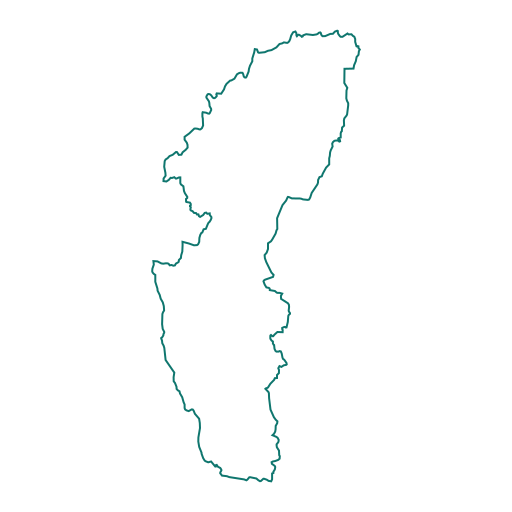 outline of Turrubares, San José, Costa Rica
{"feature_id": "36466004B44597277334716", "entity_name": "Turrubares", "entity_type": "district", "adm_level": 2, "iso_a3": "CRI", "parent_name": "Costa Rica", "parent_adm1": "San José", "projection": "natural_earth1", "projection_center": [-84.504, 9.748], "detail": "fine", "context": "isolated", "style": "outline", "palette": "teal", "viewbox_px": 512, "rotation_deg": 0, "n_neighbors": 0, "source": "geoboundaries", "source_scale": "gbopen_adm2", "svg_char_len": 6018}
<svg xmlns="http://www.w3.org/2000/svg" viewBox="0 0 512 512"><path d="M347.5,33.5L342.5,36.8L340.7,36.8L340.0,36.3L338.3,34.0L337.9,33.0L337.8,31.0L337.2,30.7L334.9,31.6L332.9,33.8L330.3,33.9L325.2,36.1L322.6,36.2L322.2,35.9L321.3,34.8L320.7,32.8L320.2,32.4L318.8,32.8L317.8,33.8L316.6,34.4L312.9,35.0L306.2,34.2L303.2,35.3L302.7,36.4L301.8,36.8L301.0,35.9L298.8,34.7L298.1,34.8L296.9,36.2L296.5,35.6L296.3,33.0L295.4,31.5L293.1,32.3L291.2,35.5L290.2,39.1L289.3,41.1L288.3,42.3L287.2,42.9L283.9,42.4L282.1,43.4L279.5,44.0L276.4,47.4L271.5,50.1L267.9,50.8L264.8,52.2L259.0,52.8L258.1,52.4L257.0,49.5L254.8,49.1L254.2,52.4L252.3,58.5L252.3,61.3L250.0,65.7L249.0,68.8L248.6,71.6L246.5,76.8L245.8,77.6L244.6,77.4L243.8,76.5L243.2,74.2L242.5,72.8L240.3,72.7L239.0,73.1L237.0,74.3L234.4,78.7L231.4,80.4L230.1,80.6L226.5,83.9L225.0,86.4L224.0,89.4L221.2,93.7L216.7,93.4L216.3,94.4L216.7,95.3L216.7,96.2L215.4,97.6L214.7,98.1L213.6,98.1L212.7,97.5L211.2,95.3L209.8,94.2L208.2,94.0L207.5,94.5L206.4,96.4L206.4,97.6L208.9,101.3L209.3,102.8L209.6,106.1L211.1,108.8L211.2,110.0L209.8,113.0L209.3,113.6L208.2,113.6L206.1,112.7L202.7,112.2L202.4,113.1L202.4,116.6L202.8,118.4L203.1,125.5L201.9,128.2L200.4,129.4L199.3,129.4L197.8,128.8L195.6,128.5L194.3,128.6L189.3,133.4L184.6,136.8L184.6,139.7L186.8,142.7L187.5,144.8L187.6,147.6L185.7,149.8L182.6,152.3L181.4,154.7L178.8,154.9L177.0,152.1L176.0,152.0L172.7,154.8L169.5,156.1L167.6,158.2L165.6,159.5L164.7,161.1L164.2,166.8L165.4,172.8L165.6,175.7L163.6,178.5L163.5,181.1L166.4,181.5L168.8,179.9L170.6,177.8L171.9,178.0L174.3,177.2L175.7,178.5L176.6,178.5L179.1,177.4L180.3,177.4L180.3,183.1L180.9,184.4L183.4,186.3L184.0,191.0L184.9,193.2L187.3,196.9L187.2,198.0L186.0,199.0L186.1,201.7L186.4,202.0L189.9,202.6L190.7,203.8L190.8,205.1L190.0,205.7L190.0,206.4L190.8,207.2L190.4,209.0L190.4,209.8L190.8,210.4L192.6,211.2L194.0,212.9L196.1,213.1L197.0,214.5L198.4,214.4L199.0,216.2L200.1,216.9L203.2,215.0L204.7,212.9L206.2,212.6L207.3,213.8L209.7,213.4L209.8,215.0L211.4,217.1L211.4,218.3L210.7,220.0L209.5,221.9L208.6,222.6L207.7,224.3L205.9,228.8L203.6,229.3L202.3,232.5L201.3,233.0L200.3,234.8L199.4,237.9L199.2,241.9L198.1,244.3L197.0,245.1L194.0,245.3L188.9,243.5L182.5,241.8L182.6,244.9L182.3,251.6L181.2,255.2L180.9,258.0L178.9,260.0L178.7,261.8L178.2,262.3L175.9,263.6L174.9,265.4L173.3,265.7L171.6,265.0L169.7,265.3L168.7,263.9L167.8,263.4L165.9,263.3L163.2,263.7L161.3,263.4L157.5,261.4L153.4,261.1L153.8,264.6L152.4,268.7L152.2,271.3L152.6,272.5L153.8,273.9L155.3,274.9L155.3,281.8L157.4,288.5L157.6,290.7L159.7,294.9L160.7,298.7L162.8,302.4L163.8,306.1L164.1,310.5L163.0,312.3L162.4,314.0L162.1,324.2L162.7,328.9L164.2,331.8L164.2,332.7L163.5,334.0L163.3,335.5L162.1,337.4L161.2,338.0L161.2,338.5L162.0,340.5L162.3,343.3L163.6,345.6L164.3,347.9L165.6,360.0L174.3,372.6L173.6,377.2L173.7,381.3L175.0,383.0L175.8,385.0L176.5,386.8L176.6,388.9L177.8,390.3L179.5,391.3L180.0,393.5L182.2,397.2L183.6,402.2L184.6,404.5L184.6,408.0L185.1,409.4L186.5,410.4L188.7,411.1L191.7,409.4L192.7,409.5L193.6,410.6L194.9,413.8L199.1,418.7L199.8,423.0L200.0,428.0L198.4,437.4L198.3,441.5L199.2,446.9L201.5,452.6L201.6,453.8L203.2,458.2L204.7,460.6L205.5,461.2L208.2,462.3L211.1,461.5L215.2,466.5L215.7,466.5L215.8,465.2L216.7,464.9L217.9,466.7L220.3,468.0L221.3,469.6L221.4,470.4L220.3,472.4L220.2,473.2L222.0,475.6L226.9,476.2L229.3,477.1L244.1,479.4L246.4,480.3L247.3,479.7L249.3,477.3L250.1,477.2L256.4,478.5L258.3,480.2L260.0,481.2L260.9,481.0L263.3,478.8L263.9,478.7L266.8,479.7L268.6,480.9L271.2,481.3L272.1,479.3L272.1,473.5L273.4,473.0L273.4,471.7L274.8,469.5L275.2,467.4L275.1,466.5L274.6,465.8L271.9,463.8L271.6,462.2L272.8,461.5L275.3,461.0L278.2,459.9L279.6,458.7L279.8,456.1L279.2,455.2L279.0,450.6L276.9,447.3L276.6,445.5L276.6,444.3L278.2,442.3L278.5,441.5L278.7,439.9L277.6,437.8L276.4,436.9L272.5,435.2L274.0,433.8L275.2,431.6L275.6,429.3L275.7,425.9L277.2,423.2L277.4,421.3L275.8,419.8L273.9,417.2L270.5,409.6L269.1,398.2L268.9,393.2L268.5,392.1L265.4,388.8L265.8,388.4L267.6,387.8L268.1,387.3L270.4,383.7L274.1,379.9L274.8,378.2L277.0,378.0L277.0,375.0L278.9,373.1L279.0,370.0L278.3,368.2L279.5,366.1L281.4,366.9L283.8,365.3L286.1,364.9L286.7,364.4L286.5,363.0L285.4,361.4L284.2,359.7L283.1,359.0L282.5,357.7L281.7,353.5L280.8,351.4L279.5,351.1L278.6,351.6L276.4,351.6L275.5,350.9L274.5,348.8L274.1,345.0L273.5,344.6L272.9,343.4L272.9,341.5L271.6,340.6L270.5,339.0L270.3,338.3L270.3,336.4L270.4,335.5L271.0,335.0L272.4,336.2L273.2,336.2L274.5,334.6L277.4,332.0L282.6,332.2L282.7,330.0L282.2,329.1L282.2,327.9L284.4,326.9L285.2,327.0L285.7,327.5L286.5,327.4L287.8,322.0L288.3,315.9L288.8,314.9L290.0,313.8L290.0,313.1L288.9,311.5L288.7,310.6L289.1,306.9L288.9,304.8L288.0,303.3L281.1,298.9L280.9,295.9L282.2,293.6L279.7,292.9L277.7,292.9L276.7,292.6L274.9,291.0L269.8,290.1L269.8,289.1L269.4,288.3L268.8,287.9L266.4,287.4L264.7,284.6L263.5,281.4L263.8,280.6L265.0,279.7L273.0,276.9L273.6,274.9L271.4,272.5L266.3,262.1L264.9,258.2L264.6,255.1L266.7,252.6L268.0,249.0L268.0,243.3L271.0,241.3L272.3,239.4L275.6,233.6L276.5,230.3L277.3,229.0L277.1,218.2L282.5,205.1L286.1,200.6L287.6,197.3L287.9,196.9L288.7,197.0L291.9,198.4L299.9,198.5L301.2,198.7L303.0,199.4L307.9,199.9L309.1,199.5L310.2,197.5L311.7,192.9L317.4,184.4L318.0,182.6L318.1,180.0L319.5,177.1L321.8,176.3L322.8,173.6L326.1,167.6L329.2,164.4L329.2,158.3L329.8,155.9L330.1,152.4L330.7,150.4L332.6,146.5L332.2,143.7L332.9,142.2L334.4,140.8L336.1,140.5L338.2,140.6L339.3,141.6L340.1,141.3L339.9,140.0L338.3,139.2L338.2,138.8L338.6,138.2L340.7,137.5L340.7,133.3L341.2,131.8L341.8,131.3L342.1,127.5L344.1,125.7L343.9,120.4L344.3,118.4L346.6,115.5L347.1,114.3L348.2,105.4L348.2,103.2L346.9,100.6L346.3,98.3L346.5,90.5L347.3,87.8L344.3,83.0L344.5,68.8L353.5,68.6L354.1,65.2L355.8,61.2L356.6,57.0L358.5,54.8L358.9,51.2L359.8,49.5L358.5,48.1L358.4,46.3L357.6,46.1L357.0,46.5L356.5,46.3L355.2,41.9L355.2,39.0L354.3,36.7L352.8,35.8L351.5,34.3L348.5,34.4L347.5,33.5Z" fill="none" stroke="#0f766e" stroke-width="2"/></svg>